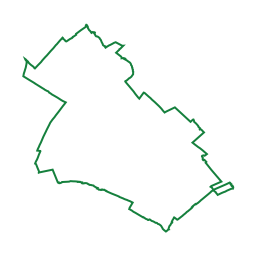 Mihalaseni, Botosani, Romania, rotated 356°
{"feature_id": "2599482B30882633925542", "entity_name": "Mihalaseni", "entity_type": "district", "adm_level": 2, "iso_a3": "ROU", "parent_name": "Romania", "parent_adm1": "Botosani", "projection": "equal_earth", "projection_center": [27.092, 47.89], "detail": "fine", "context": "isolated", "style": "outline", "palette": "green", "viewbox_px": 256, "rotation_deg": 356, "n_neighbors": 0, "source": "geoboundaries", "source_scale": "gbopen_adm2", "svg_char_len": 5594}
<svg xmlns="http://www.w3.org/2000/svg" viewBox="0 0 256 256"><g transform="rotate(356 128 128)"><path d="M228.4,195.8L228.6,195.3L228.8,195.0L228.7,194.7L228.8,194.4L228.8,194.2L228.6,193.9L228.6,193.7L228.1,193.5L228.1,193.3L227.7,193.4L227.5,193.2L227.4,192.9L227.2,192.7L227.5,192.3L226.9,191.7L227.1,191.6L227.2,191.3L227.2,191.2L226.5,190.9L226.6,190.7L226.3,190.3L226.2,189.9L225.7,189.5L221.7,191.1L209.0,195.6L208.3,194.7L207.6,193.4L207.2,193.0L206.3,192.4L207.1,191.7L217.4,188.0L208.3,175.7L203.9,169.3L203.0,168.1L203.8,167.3L202.0,165.1L201.7,165.0L200.9,165.4L200.4,164.8L200.3,164.4L200.5,163.1L200.5,162.7L199.9,161.8L199.8,161.6L199.8,161.2L200.2,160.8L201.2,160.6L201.7,160.6L202.5,161.0L203.7,160.3L204.9,159.5L204.6,159.2L200.9,155.5L198.3,153.1L196.8,152.0L193.5,149.1L191.3,147.1L203.5,137.7L202.3,136.3L201.6,135.4L200.7,134.5L200.3,134.4L199.5,134.5L199.4,134.1L199.7,133.7L199.9,133.5L199.9,133.3L198.3,131.7L198.2,131.3L198.3,131.1L198.1,130.7L196.4,128.5L195.7,127.7L194.5,126.6L194.3,125.3L194.1,124.8L194.1,124.6L193.9,124.1L193.6,124.1L193.3,124.2L190.8,126.2L176.2,110.7L167.2,114.3L165.6,115.1L163.9,112.9L163.0,111.5L162.0,110.2L160.5,108.4L156.4,103.9L153.9,101.4L152.5,99.7L151.1,98.4L146.9,94.1L146.1,93.8L141.3,99.5L140.3,98.3L137.6,94.4L136.1,91.9L128.7,81.8L128.5,81.4L128.6,81.1L130.0,80.5L131.2,79.6L132.5,78.5L133.3,78.2L133.9,77.8L135.0,77.0L136.1,75.6L136.8,74.9L136.9,74.4L136.9,73.4L137.2,72.4L136.8,71.7L136.8,71.4L136.8,71.1L137.0,70.5L137.0,70.2L136.5,69.3L136.6,68.9L136.6,68.7L136.6,68.3L136.3,68.0L136.2,66.5L135.9,66.1L135.5,65.5L135.5,64.7L134.8,63.3L134.2,62.6L133.2,61.9L131.2,60.2L130.6,59.9L129.2,59.0L129.8,58.5L129.2,58.2L128.3,57.9L126.5,58.0L126.6,57.6L126.2,56.4L126.0,56.2L121.4,52.1L123.9,50.0L124.5,49.6L124.8,49.2L124.9,48.8L125.8,48.4L129.0,45.6L128.4,45.6L127.6,45.3L124.1,43.1L121.7,41.6L119.9,42.1L118.3,42.9L115.8,44.0L115.0,44.2L114.5,44.5L113.7,44.9L112.6,45.5L111.2,46.3L110.5,45.1L110.7,44.8L109.9,44.4L109.3,44.0L108.9,43.6L108.7,43.2L108.6,42.3L107.8,40.7L107.6,40.0L107.1,38.5L106.9,38.0L106.2,37.1L105.9,36.3L105.3,35.7L104.4,34.9L103.6,34.5L102.8,34.4L102.6,34.3L102.1,33.7L101.4,32.1L100.9,31.3L101.6,30.8L101.7,30.6L101.6,30.4L100.7,30.0L99.6,30.0L99.1,29.8L98.8,30.3L98.2,30.6L96.8,28.3L96.3,27.9L95.8,27.2L95.4,26.2L95.3,25.9L95.1,25.8L95.0,25.4L94.9,25.1L95.0,24.3L94.6,23.6L94.5,23.1L94.0,22.4L93.9,22.2L93.6,22.1L93.1,22.7L93.0,23.1L93.0,23.4L93.4,23.7L93.4,23.9L88.1,27.0L82.7,30.5L82.8,31.4L80.4,32.8L79.4,33.2L79.1,33.5L79.3,33.6L78.6,34.2L78.2,34.5L77.7,34.6L76.5,35.1L75.8,35.5L72.7,37.3L72.3,37.3L71.7,36.9L71.1,36.0L70.7,35.4L69.6,34.7L69.5,33.9L69.4,33.7L69.0,33.3L67.3,35.0L66.3,35.9L62.7,39.6L61.9,40.2L59.2,43.1L58.9,43.4L56.3,45.8L52.0,50.1L50.5,51.4L47.3,54.5L45.9,56.1L42.4,59.2L39.3,62.1L38.9,61.9L38.4,60.9L37.6,60.0L35.6,58.3L34.8,57.5L33.3,55.8L33.0,54.9L31.5,53.4L31.0,52.7L30.2,52.0L30.4,52.6L31.2,54.0L32.0,54.5L32.3,55.0L32.2,55.4L31.9,55.6L31.4,55.8L31.3,56.4L31.2,57.0L30.8,58.4L30.2,60.6L29.2,63.1L28.9,64.0L27.9,66.4L27.2,69.1L33.2,73.4L37.9,76.7L37.9,76.8L38.7,77.4L45.3,82.2L46.9,83.3L47.5,83.9L49.7,85.3L51.0,85.9L51.3,86.2L51.7,87.1L52.5,87.6L53.5,88.4L53.8,88.6L54.4,89.2L56.7,90.7L59.8,92.8L63.1,95.3L64.8,96.5L67.7,98.1L66.3,99.7L64.8,101.3L59.7,107.2L56.8,110.4L55.6,111.9L53.2,114.4L50.8,117.3L49.5,119.6L46.9,123.9L45.4,126.6L44.9,127.4L44.0,129.0L43.0,130.7L40.1,136.4L38.5,139.1L37.8,140.6L36.6,142.6L35.9,144.2L38.9,144.8L39.0,145.0L38.3,146.4L37.3,148.3L36.0,151.2L35.1,153.0L34.0,154.7L33.4,155.8L32.9,157.0L33.5,157.2L34.0,158.4L34.9,161.3L36.4,165.7L35.9,166.2L35.9,166.3L36.6,166.1L49.9,164.3L54.2,177.4L55.1,177.4L55.1,178.0L55.3,178.2L56.1,178.3L57.0,178.1L58.1,177.7L58.4,177.3L65.4,177.4L67.0,177.0L69.8,177.4L72.0,177.6L74.8,178.1L75.4,178.2L75.2,178.4L76.3,178.5L76.7,178.7L78.7,179.1L78.8,179.7L78.6,180.0L79.2,180.2L80.6,180.1L81.1,179.9L82.9,180.2L83.9,180.7L84.2,181.1L85.2,181.6L85.5,182.0L86.0,182.1L87.0,182.2L88.0,182.6L89.6,183.0L90.0,183.6L90.4,184.0L90.8,184.2L92.3,185.2L93.5,185.7L93.0,186.3L93.7,186.6L94.6,187.5L94.9,187.6L95.6,187.5L96.7,188.0L97.7,187.9L97.9,187.5L99.0,188.0L99.5,187.9L100.0,187.9L100.3,188.1L100.4,188.4L101.3,188.8L102.0,189.2L101.9,189.5L107.0,192.2L113.0,195.1L114.5,195.9L114.6,196.2L116.6,197.1L117.5,197.6L118.1,197.8L118.7,198.2L119.8,198.8L121.2,199.4L121.8,199.6L123.2,200.4L124.8,201.1L127.3,202.6L127.2,202.7L127.4,202.8L127.0,203.4L124.0,207.8L123.6,209.0L123.9,209.1L124.8,209.8L126.1,210.6L126.8,211.3L127.8,212.1L128.3,212.4L129.3,213.0L136.8,218.2L137.0,218.0L138.2,218.8L138.8,219.4L139.3,219.8L141.2,220.7L141.4,221.1L141.8,221.2L142.1,221.2L143.0,220.7L143.4,220.8L145.1,222.3L147.0,223.1L148.9,224.5L149.9,224.6L150.3,224.8L150.8,225.4L151.2,225.8L152.5,226.3L153.7,227.4L154.2,227.9L155.4,230.3L155.6,231.0L156.9,232.4L158.6,233.9L160.2,232.9L161.0,232.1L161.6,232.0L161.4,231.7L161.4,231.4L162.3,229.1L162.8,228.3L163.3,228.1L163.5,227.8L164.3,226.4L165.3,225.6L165.1,225.4L165.4,225.1L165.5,224.8L165.2,224.5L166.0,223.0L166.7,222.2L167.7,220.4L167.9,220.4L170.7,222.9L171.0,222.9L174.3,220.7L175.3,220.0L176.1,219.5L177.2,218.6L179.5,217.0L181.0,215.7L181.7,215.4L182.5,214.8L186.0,212.3L186.8,211.4L186.4,211.2L186.9,210.7L190.0,208.5L190.4,208.9L192.3,207.7L192.6,207.6L195.1,205.7L195.5,205.3L197.1,204.2L203.5,199.6L205.8,197.9L206.9,196.9L207.3,196.7L208.0,196.4L208.9,196.1L209.1,196.4L210.0,197.3L211.1,198.2L211.4,199.0L212.4,200.3L212.8,201.0L217.1,199.3L218.9,198.7L220.7,198.2L222.1,197.5L226.6,195.9L228.1,195.7L228.4,195.8Z" fill="none" stroke="#15803d" stroke-width="2"/></g></svg>